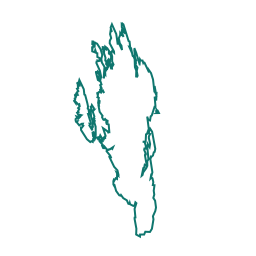 outline of Radøy nor, Norway, rotated 38°
{"feature_id": "86288312B30857166423127", "entity_name": "Radøy nor", "entity_type": "district", "adm_level": 2, "iso_a3": "NOR", "parent_name": "Norway", "parent_adm1": "", "projection": "albers", "projection_center": [4.99, 60.666], "detail": "fine", "context": "isolated", "style": "outline", "palette": "teal", "viewbox_px": 256, "rotation_deg": 38, "n_neighbors": 0, "source": "geoboundaries", "source_scale": "gbopen_adm2", "svg_char_len": 5703}
<svg xmlns="http://www.w3.org/2000/svg" viewBox="0 0 256 256"><g transform="rotate(38 128 128)"><path d="M209.3,196.4L208.9,192.7L204.3,184.3L202.0,182.2L200.6,176.6L199.0,173.4L194.1,168.6L191.0,167.5L189.7,164.3L186.9,161.6L184.1,156.8L182.7,157.7L181.3,155.1L178.3,152.6L177.1,152.5L176.9,154.0L175.1,150.6L175.6,150.5L174.5,147.9L164.4,138.4L164.0,137.4L164.8,137.8L164.1,136.8L164.6,134.3L163.3,131.3L163.7,130.4L162.3,127.6L149.3,116.1L145.9,114.9L146.8,118.1L148.0,119.4L149.1,119.1L149.6,121.7L150.6,123.1L155.3,127.0L156.8,129.8L153.5,128.5L155.5,131.7L163.4,140.1L163.6,142.3L166.5,145.9L167.1,148.5L167.3,153.7L168.4,156.1L168.2,157.1L164.7,150.1L165.1,149.2L163.8,146.6L165.4,146.3L165.2,145.4L158.2,139.1L157.8,138.4L158.3,137.9L157.7,137.2L154.2,135.3L153.6,134.1L154.7,133.4L153.1,131.2L149.8,128.9L148.0,129.7L150.3,127.9L146.1,121.9L146.6,121.0L144.9,115.9L136.1,107.2L139.0,109.1L140.7,108.5L138.7,104.8L139.0,103.5L135.9,95.0L136.6,94.7L136.3,94.0L129.7,86.9L133.3,89.0L129.3,83.4L129.1,84.1L127.9,83.5L128.9,83.7L123.1,78.5L127.7,83.2L126.4,83.1L117.9,74.4L112.4,70.6L108.9,69.5L110.3,71.2L100.8,66.4L99.8,66.6L99.9,67.3L97.9,65.9L96.5,67.0L95.2,66.5L97.0,69.3L96.3,69.0L96.6,69.7L88.0,63.6L83.7,61.1L85.9,62.7L84.5,62.2L90.3,68.3L93.0,69.8L93.0,70.8L94.4,72.0L94.6,73.3L98.3,74.6L99.8,77.7L103.4,80.9L103.6,81.9L102.7,82.4L99.2,77.7L96.0,75.8L90.9,69.7L87.2,67.5L88.1,68.6L87.1,68.2L81.3,63.2L80.3,63.5L85.1,66.5L78.9,63.2L79.8,62.8L76.0,58.9L74.9,59.1L60.6,49.2L58.2,49.1L60.9,50.3L59.2,50.1L61.1,52.4L65.2,53.7L67.9,55.4L63.9,53.8L63.4,54.2L66.2,55.9L63.0,54.6L63.9,56.3L68.4,58.9L63.7,57.5L66.3,59.2L63.6,58.2L64.6,59.6L65.5,63.0L69.4,66.3L72.2,67.2L75.3,70.2L66.7,65.8L68.6,68.6L60.9,61.2L51.5,56.2L52.5,59.6L56.1,62.2L54.3,61.9L56.1,65.1L59.4,67.5L59.9,70.3L61.4,72.5L69.8,76.3L70.6,77.2L68.1,76.9L68.3,78.9L71.5,81.4L74.5,85.3L77.5,86.9L77.6,87.9L76.1,87.0L75.9,87.9L78.8,91.0L78.0,91.5L74.1,88.5L71.8,85.2L71.3,82.6L66.2,78.8L68.3,81.6L67.1,80.8L67.3,81.4L65.5,78.9L62.5,77.9L60.3,77.9L62.0,79.5L59.9,79.7L60.2,80.5L59.0,79.4L58.3,79.8L59.7,81.6L61.3,81.1L62.2,82.6L61.7,82.9L67.0,86.5L68.6,88.9L70.0,88.9L71.4,91.1L72.7,91.4L70.4,88.1L70.4,86.4L74.4,89.8L72.3,89.8L74.7,91.8L75.1,94.5L75.9,95.2L73.9,94.0L73.7,94.9L76.0,96.7L74.0,96.2L76.7,99.3L75.2,98.8L77.0,100.7L78.3,103.9L71.8,94.3L67.1,92.5L65.3,90.8L63.4,91.4L64.2,92.6L62.7,93.4L63.3,93.7L62.3,94.9L63.0,96.2L70.6,100.2L76.3,105.0L72.9,103.8L71.8,102.3L69.7,102.1L70.5,103.2L68.9,102.9L68.3,103.5L68.5,103.9L74.7,108.7L75.5,108.6L71.9,105.4L75.7,107.3L75.6,106.1L76.1,106.0L76.8,107.7L80.3,110.0L79.7,111.4L82.4,112.7L81.9,113.2L83.9,114.9L82.8,115.3L83.2,115.7L84.1,115.4L84.9,113.8L87.6,115.1L84.8,114.4L84.5,115.4L84.9,116.7L82.5,116.9L83.2,117.2L82.8,117.9L83.6,119.9L81.6,118.9L84.7,121.4L85.0,122.6L86.4,122.2L88.6,125.9L88.9,126.0L87.9,124.3L89.0,124.2L89.8,125.5L89.0,125.7L90.2,127.0L89.8,127.2L92.3,129.0L91.0,128.1L90.8,128.4L95.7,132.7L100.5,134.1L100.8,135.4L103.3,136.6L104.2,136.4L104.4,135.0L105.9,135.3L105.6,134.4L106.5,135.7L107.5,135.0L108.0,135.7L107.1,135.9L107.5,137.1L108.7,137.9L110.6,137.1L115.8,142.7L115.0,143.2L116.0,144.1L114.2,143.2L108.5,143.5L115.2,148.0L115.8,149.8L116.9,150.6L114.9,149.8L114.8,150.8L116.0,152.1L115.6,152.9L110.7,150.9L111.2,152.4L109.5,154.6L111.7,155.3L112.7,154.6L110.4,154.2L112.1,151.7L115.6,153.8L114.3,154.3L115.2,154.9L113.4,155.5L113.8,156.0L118.3,156.8L118.3,157.8L120.8,159.1L121.7,158.5L119.5,156.8L125.1,158.0L126.9,155.6L128.0,152.3L128.4,153.8L127.8,153.6L127.7,154.5L125.1,158.9L125.4,159.5L130.9,160.7L132.7,161.7L132.4,162.4L130.4,161.5L131.0,162.2L141.0,167.1L145.8,167.9L148.4,170.0L146.5,170.1L149.6,171.8L148.5,172.0L150.7,174.9L149.2,175.2L149.6,177.8L148.7,177.6L149.2,178.9L151.3,181.5L152.5,182.0L151.8,180.8L157.4,184.9L162.5,186.4L163.8,185.9L163.7,185.1L167.5,186.2L171.6,185.7L175.0,187.5L176.0,186.9L175.6,186.0L176.7,186.8L180.2,186.1L180.8,184.8L179.6,182.0L180.9,182.1L183.0,187.7L188.9,193.9L188.4,194.5L189.1,195.5L196.6,202.2L200.0,206.9L204.3,206.2L203.1,204.5L206.3,202.0L205.5,199.1L209.3,196.4ZM69.3,124.7L60.1,120.1L61.0,122.2L60.4,123.9L63.0,125.4L61.5,123.9L62.9,122.7L63.2,124.4L63.7,124.5L62.7,125.9L64.2,127.2L63.6,128.4L66.1,129.5L65.7,130.5L66.3,131.3L66.0,131.8L68.0,132.8L67.2,133.5L67.4,134.3L66.0,133.7L65.9,134.7L68.1,136.3L67.8,137.5L68.8,138.1L68.8,139.8L71.7,140.7L71.0,139.6L74.7,140.1L75.0,139.3L76.6,140.6L76.4,143.0L77.9,143.1L78.3,145.6L79.2,145.9L78.5,147.3L81.2,148.4L80.8,147.7L83.4,146.6L83.0,148.0L83.4,148.3L83.1,151.0L82.4,150.0L80.4,150.6L81.6,151.2L81.2,153.2L82.0,154.2L83.0,155.0L84.0,154.0L84.0,155.0L87.9,155.9L88.9,153.2L89.8,152.4L90.2,153.7L91.4,153.7L91.4,156.5L90.7,156.7L92.3,158.5L102.5,162.1L106.9,162.3L107.2,161.0L108.8,160.7L106.9,157.3L108.2,158.6L108.6,158.5L106.7,156.0L105.9,155.8L106.2,156.6L102.9,153.4L103.4,152.5L107.9,155.2L106.8,153.3L101.6,146.8L98.2,144.5L97.3,142.7L95.8,142.4L95.8,141.4L95.1,141.4L94.4,139.6L90.0,136.7L90.1,134.5L89.7,134.9L88.9,133.4L85.4,132.2L86.1,134.0L85.7,134.3L88.4,136.5L87.6,136.9L91.7,141.6L96.6,144.8L99.0,148.2L98.6,148.5L99.3,150.0L99.8,149.5L100.0,150.7L101.4,151.8L96.0,149.8L95.9,148.7L95.2,148.3L96.1,147.8L95.6,146.9L88.1,141.7L89.2,141.2L85.3,137.5L84.3,137.5L83.2,135.6L80.7,133.5L74.0,128.4L73.0,128.5L69.3,124.7ZM47.5,81.2L46.7,81.7L48.3,84.0L50.4,84.0L50.4,82.7L51.5,84.3L51.9,85.3L50.6,84.2L50.3,85.9L50.9,86.8L50.4,86.9L52.6,89.6L55.1,88.8L54.2,86.7L56.8,88.4L57.8,88.0L60.1,90.9L64.5,90.0L62.7,86.2L57.7,82.7L51.8,80.6L49.4,81.1L49.4,82.5L47.5,81.2ZM143.1,97.2L140.6,96.0L139.6,96.1L140.7,96.9L139.5,96.3L140.0,97.1L138.9,97.1L141.3,97.9L141.0,98.9L143.1,97.2Z" fill="none" stroke="#0f766e" stroke-width="2"/></g></svg>